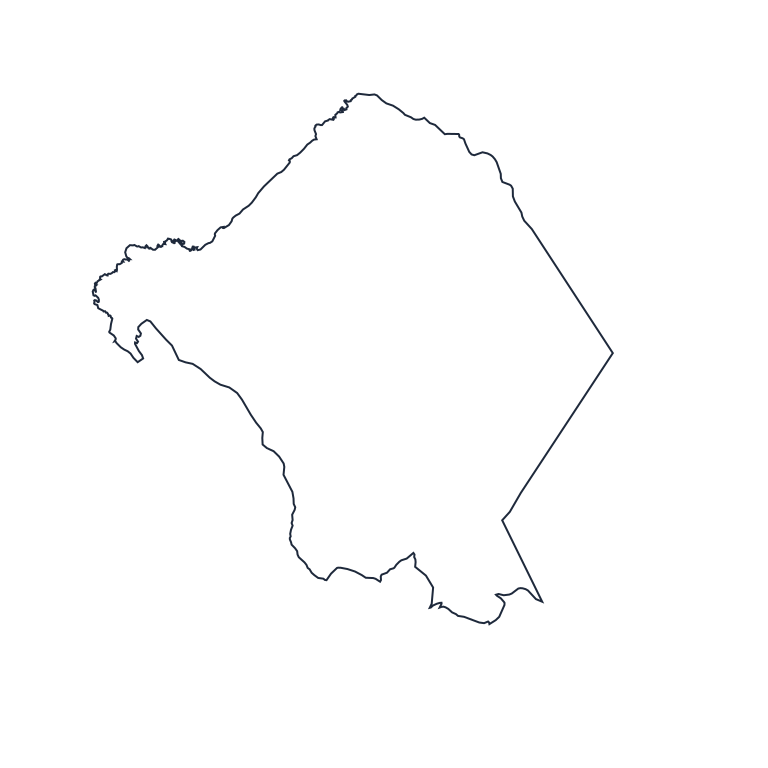 outline of Des Barras, Dauphin, Saint Lucia, rotated 241°
{"feature_id": "8701671B86108661761319", "entity_name": "Des Barras", "entity_type": "district", "adm_level": 2, "iso_a3": "LCA", "parent_name": "Saint Lucia", "parent_adm1": "Dauphin", "projection": "mercator", "projection_center": [-60.902, 14.001], "detail": "fine", "context": "isolated", "style": "outline", "palette": "slate", "viewbox_px": 768, "rotation_deg": 241, "n_neighbors": 0, "source": "geoboundaries", "source_scale": "gbopen_adm2", "svg_char_len": 6166}
<svg xmlns="http://www.w3.org/2000/svg" viewBox="0 0 768 768"><g transform="rotate(241 384 384)"><path d="M222.4,450.8L300.1,599.1L447.9,588.4L458.8,585.8L463.4,586.1L467.3,587.3L480.2,586.9L485.6,587.7L492.4,591.3L495.8,591.3L497.4,590.5L503.3,585.5L507.3,586.0L511.2,588.0L523.4,590.1L526.8,590.0L530.3,589.3L532.6,588.3L535.5,586.3L538.9,582.5L540.3,573.9L542.3,571.9L545.7,571.1L554.8,571.8L559.3,572.6L560.8,571.9L562.8,570.0L563.9,569.8L565.7,570.6L566.5,570.4L572.0,560.8L573.0,558.3L585.8,554.3L590.0,550.6L597.4,548.3L597.4,545.9L598.2,543.0L599.8,539.9L601.5,538.2L604.2,536.9L609.3,532.8L611.6,532.3L617.1,530.1L623.1,526.8L628.3,522.1L633.4,519.7L639.8,517.8L641.9,516.0L643.9,511.2L650.3,502.3L650.4,500.6L649.8,499.7L649.8,498.4L649.1,498.1L649.0,494.6L648.4,494.0L648.3,492.6L647.5,492.0L648.3,489.4L649.2,488.6L650.4,488.5L651.1,487.1L650.9,486.5L650.4,486.4L645.9,487.2L644.1,486.8L643.5,484.7L642.4,484.3L642.7,482.4L644.2,482.3L644.6,481.5L646.2,481.7L646.4,481.2L645.5,479.1L644.8,478.6L643.3,480.5L641.8,479.9L642.8,477.2L643.8,476.9L644.1,475.1L643.5,474.5L643.0,471.9L640.7,470.9L641.9,469.2L641.7,468.7L640.9,467.7L640.3,467.7L639.9,468.3L639.6,467.8L642.0,464.9L641.9,463.2L641.6,462.8L642.3,459.8L640.5,455.3L641.1,454.2L642.6,452.8L643.5,451.0L643.4,449.9L643.2,449.2L642.3,448.9L642.1,448.1L641.0,446.8L639.5,446.2L635.5,445.7L634.1,444.2L630.7,443.7L631.7,441.3L631.6,439.1L630.9,436.4L630.6,433.0L628.5,428.0L627.0,422.9L626.3,418.9L627.1,415.3L626.2,412.7L626.3,410.3L625.7,409.3L624.6,409.7L623.4,408.9L619.9,400.4L619.2,396.9L619.7,392.7L615.0,374.8L611.9,366.5L609.5,362.5L606.7,356.3L605.5,352.1L605.0,345.3L603.1,340.2L603.2,336.0L602.7,333.0L602.2,331.6L600.2,329.6L598.2,325.4L598.0,319.5L598.4,319.0L599.2,319.8L600.2,317.0L599.3,313.0L597.7,309.2L597.0,308.6L595.5,308.2L592.0,303.0L591.8,300.2L592.3,298.8L592.4,295.2L590.6,288.7L591.4,285.9L593.3,285.8L594.2,287.0L595.2,284.3L596.4,284.2L596.9,283.3L596.1,282.4L594.0,283.5L593.4,283.4L593.6,282.4L595.6,282.1L594.4,280.3L594.4,279.0L594.6,278.7L595.5,278.8L595.5,279.9L597.9,277.3L600.6,276.0L602.5,274.1L603.8,274.3L603.8,275.3L604.5,275.9L603.7,276.8L603.7,277.3L605.1,278.3L606.9,277.5L607.2,276.7L606.7,275.8L605.6,275.0L605.8,274.8L608.2,275.3L610.5,274.5L610.4,274.0L609.4,274.1L609.1,273.7L608.3,274.1L607.5,273.7L606.6,274.1L605.9,273.6L609.3,272.9L609.9,272.3L609.9,271.6L610.9,271.6L612.0,270.7L611.5,269.6L610.0,269.9L608.8,269.2L608.9,268.7L609.5,268.4L610.1,269.1L610.6,268.7L610.4,267.6L610.9,267.3L612.2,267.4L612.7,267.9L613.8,267.8L615.5,266.1L615.4,265.6L615.8,265.4L614.8,263.6L614.8,261.8L614.2,261.4L614.8,260.5L613.3,259.8L613.3,260.5L612.4,260.5L613.5,258.9L612.8,257.4L612.0,256.9L612.6,255.8L612.1,255.3L612.9,254.3L614.7,254.5L615.4,254.1L615.2,253.7L614.4,253.6L614.7,253.2L614.5,252.6L613.2,252.4L612.4,248.8L613.5,247.0L616.2,245.8L615.9,244.8L616.3,244.2L617.3,244.3L618.2,243.2L619.0,243.9L620.5,243.5L620.1,242.2L618.8,240.8L620.5,239.3L621.2,237.7L623.5,236.3L623.6,235.5L624.1,234.6L626.6,233.1L626.9,231.7L628.6,229.1L627.6,224.6L624.7,221.5L620.5,220.5L618.8,220.8L617.6,221.9L616.4,222.3L617.1,221.1L616.9,220.5L614.5,220.9L617.5,219.8L617.9,218.7L619.1,217.3L619.2,216.1L618.6,215.1L617.4,215.3L618.1,214.0L617.0,213.4L616.9,210.9L617.8,209.4L617.9,208.6L616.0,207.1L613.7,206.0L613.5,205.3L612.8,205.4L612.4,205.0L613.9,204.4L613.9,203.7L612.8,203.4L612.6,202.2L613.3,201.2L612.9,199.6L613.0,198.0L614.1,196.4L613.8,195.4L612.9,194.9L613.1,194.5L613.8,194.4L614.1,193.8L615.4,193.1L614.9,189.4L615.5,188.2L615.2,187.5L613.8,186.9L613.4,186.1L612.8,186.6L612.7,183.3L611.5,181.5L612.4,180.8L612.0,179.8L610.6,179.4L609.9,180.3L609.7,179.6L610.1,179.1L609.7,178.4L608.7,177.9L607.7,178.1L603.6,176.5L606.7,176.7L607.2,176.4L607.2,175.6L606.1,174.1L602.4,172.9L601.4,173.7L601.5,174.5L600.9,174.9L597.9,175.8L596.0,175.5L594.4,174.6L594.1,174.2L594.3,173.5L596.6,172.8L597.6,171.7L597.5,171.0L596.1,170.6L595.2,169.6L594.2,169.6L592.0,171.6L588.8,170.8L584.2,173.9L583.4,173.9L582.9,175.3L581.1,175.5L580.9,176.2L580.5,176.4L579.4,176.6L578.5,176.3L577.7,176.7L577.0,176.3L576.6,177.7L575.9,177.9L574.5,177.4L573.5,178.1L572.9,178.1L568.8,174.3L564.3,171.0L562.8,168.9L562.0,168.9L557.4,171.2L554.0,171.5L553.1,170.9L552.0,169.0L551.9,169.8L549.6,169.9L543.7,171.6L540.0,173.5L536.9,175.7L533.5,177.1L528.5,177.5L522.5,179.1L523.1,185.7L526.6,186.3L531.7,185.6L539.9,185.7L541.0,186.4L539.5,187.8L540.3,189.4L543.9,189.1L545.9,191.0L544.1,192.3L544.3,194.3L546.1,195.9L550.8,195.4L552.9,196.7L554.3,201.0L555.0,207.6L552.0,210.0L543.2,211.5L528.4,214.9L520.4,217.2L504.5,216.2L499.1,221.0L494.4,226.4L486.0,230.9L473.9,234.7L468.5,237.1L462.7,240.6L456.0,247.0L447.3,251.2L439.2,252.2L421.7,252.6L412.2,253.4L404.9,254.7L400.7,254.7L395.8,251.4L389.9,248.5L384.7,250.5L378.7,254.9L371.3,257.1L363.1,257.7L359.8,256.6L353.3,252.1L334.1,251.6L327.8,249.4L322.9,246.9L319.2,246.6L317.2,244.8L314.2,240.3L309.3,238.1L307.2,235.8L304.4,235.4L301.6,232.0L298.4,229.3L296.0,228.5L294.9,226.9L293.6,226.3L290.7,226.0L288.3,225.3L283.5,226.6L279.9,227.0L276.7,225.7L273.8,225.5L266.5,228.0L263.4,228.5L260.1,228.1L258.0,229.1L254.0,229.2L250.6,230.4L246.3,232.4L243.1,236.6L241.3,237.3L240.3,238.6L243.8,245.7L245.9,253.7L245.6,254.8L244.3,257.0L239.9,262.3L234.1,267.7L227.7,271.9L223.4,274.1L219.5,280.5L217.7,282.2L213.0,284.7L214.0,286.3L217.3,287.9L218.4,289.5L217.5,295.1L219.0,299.5L218.2,302.9L218.3,304.0L219.9,307.1L221.1,311.2L221.4,313.7L220.3,319.2L222.0,327.8L220.1,328.0L218.0,326.5L215.4,326.4L212.9,325.3L209.0,322.6L196.1,327.8L182.2,328.3L168.7,319.2L166.1,315.5L165.8,316.6L166.5,319.4L166.2,323.7L165.5,326.7L164.8,328.2L163.9,327.8L161.5,324.3L161.2,326.2L160.4,328.1L158.8,329.6L156.1,331.2L151.3,332.8L147.8,335.4L145.3,336.3L141.6,341.1L129.2,351.7L126.3,355.6L125.8,359.9L124.4,360.3L122.9,359.8L123.3,367.2L124.5,371.9L132.3,382.2L134.1,383.3L135.0,383.3L139.9,382.3L144.1,380.1L145.4,379.8L144.8,382.4L141.2,386.3L139.1,391.5L138.8,394.2L140.0,402.3L139.3,404.4L138.1,406.2L135.9,408.4L133.6,409.8L122.2,412.6L116.9,416.8L207.5,421.3L211.2,432.1L222.4,450.8Z" fill="none" stroke="#1e293b" stroke-width="2"/></g></svg>